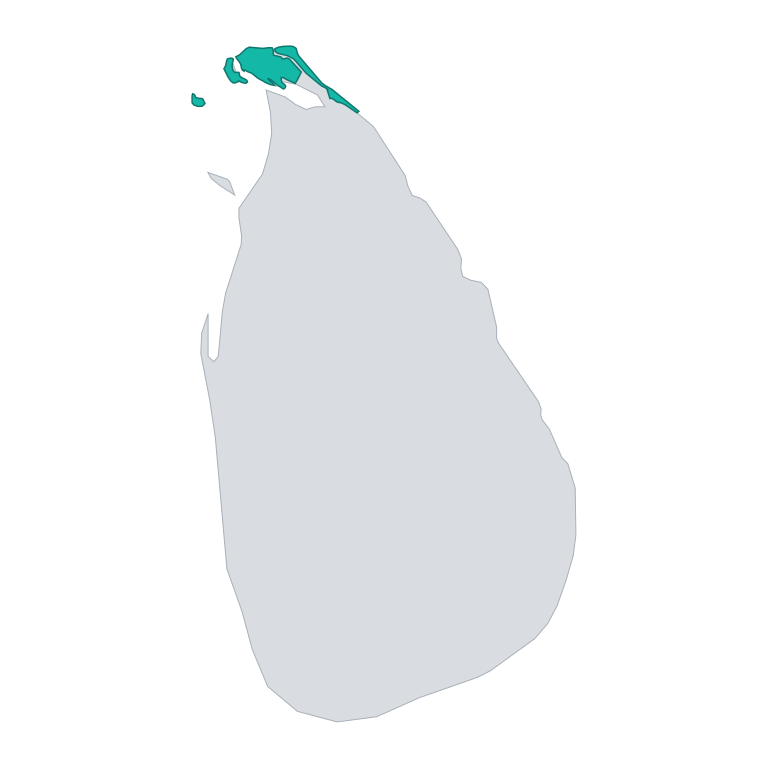 Sri Lanka, with Yāpanaya highlighted
{"feature_id": "LKA-2459", "entity_name": "Yāpanaya", "entity_type": "District", "adm_level": 1, "iso_a3": "LKA", "parent_name": "Sri Lanka", "parent_adm1": "", "projection": "orthographic", "projection_center": [80.084, 9.638], "detail": "fine", "context": "in_parent", "style": "filled", "palette": "teal", "viewbox_px": 768, "rotation_deg": 0, "n_neighbors": 0, "source": "natural_earth", "source_scale": "10m", "svg_char_len": 2912}
<svg xmlns="http://www.w3.org/2000/svg" viewBox="0 0 768 768"><path d="M248.3,49.0L264.8,49.9L282.4,49.5L294.7,51.9L315.9,78.7L373.6,126.7L405.1,175.5L407.9,186.2L412.3,195.5L419.9,198.0L426.2,202.2L457.7,249.3L461.4,258.6L460.9,268.9L462.8,276.5L471.0,280.3L481.2,282.3L487.9,289.3L496.6,327.0L496.6,338.7L499.0,343.8L538.8,402.2L541.1,409.3L540.7,414.7L541.9,419.3L549.6,429.6L561.7,457.4L567.8,463.7L575.2,488.1L575.9,534.7L573.3,555.5L565.9,580.8L557.2,605.5L547.8,623.4L534.8,638.6L490.3,670.8L477.5,677.3L419.5,697.6L376.7,716.7L337.1,721.9L297.5,711.4L267.7,686.5L252.4,649.8L242.0,611.4L226.9,568.8L215.3,437.2L209.8,400.4L200.8,353.5L201.7,333.1L208.1,313.6L208.1,356.4L213.9,361.7L218.3,356.2L222.3,311.9L225.6,293.2L241.2,244.4L241.6,235.8L238.9,217.4L239.0,208.2L262.5,174.0L268.4,154.1L271.7,133.7L270.4,111.7L266.1,90.0L285.0,96.9L295.4,104.4L306.0,109.5L314.6,106.9L324.9,106.8L317.5,95.0L295.6,84.1L259.2,77.4L247.8,68.8L243.4,61.3L245.7,52.5L248.3,49.0ZM229.7,181.8L234.7,195.0L220.5,186.0L211.2,178.5L207.9,172.4L227.2,179.2L229.7,181.8ZM246.1,80.8L235.3,82.6L226.8,71.0L224.8,66.1L227.0,62.7L229.4,60.9L232.2,61.5L236.2,72.3L246.1,80.8Z" fill="#d9dde1" stroke="#a8b0b8" stroke-width="1"/><path d="M295.3,83.4L286.5,79.5L283.3,77.6L281.1,77.6L281.6,81.9L282.7,83.1L284.6,84.5L285.7,86.2L284.6,88.5L283.3,88.9L282.0,88.2L280.9,87.2L277.6,85.5L271.2,79.9L267.5,78.3L269.4,80.4L272.7,83.3L274.6,85.4L270.4,84.6L266.3,82.9L258.1,78.3L251.5,73.1L247.6,71.7L247.2,71.4L245.7,70.5L244.3,69.9L244.1,71.2L242.2,69.9L241.5,68.2L241.2,66.2L240.5,63.9L239.4,62.0L238.7,61.1L236.9,58.8L235.8,56.8L239.5,54.9L246.3,48.6L249.3,47.2L262.8,48.4L269.8,47.6L272.3,47.9L273.3,50.3L273.2,53.9L273.7,55.2L275.1,55.7L276.6,55.9L280.7,56.9L281.5,57.4L282.3,58.9L284.2,58.9L285.6,58.4L286.2,58.3L287.0,58.1L287.6,58.1L288.9,58.8L289.5,59.2L294.3,64.4L301.3,72.0L298.9,77.0L295.3,83.4ZM327.2,90.1L327.6,90.3L327.6,89.0L321.4,85.8L306.3,73.4L293.9,59.1L287.6,55.7L277.7,53.3L275.1,51.5L274.8,48.8L278.4,47.2L279.6,47.0L283.2,46.4L290.3,46.1L293.7,46.7L296.1,48.4L297.7,54.1L299.2,56.5L321.8,83.0L325.1,85.5L331.8,89.3L358.9,111.3L357.9,112.2L357.0,112.8L345.3,104.8L341.3,102.9L337.7,102.2L337.2,101.9L336.6,101.7L333.5,99.3L332.3,98.6L331.2,98.4L329.8,98.5L329.4,96.8L327.2,90.1ZM233.4,83.0L230.8,81.1L228.1,77.1L223.9,68.8L225.8,65.8L226.3,62.0L227.4,58.9L231.1,58.0L233.1,58.7L233.3,60.1L232.6,62.2L232.2,64.5L232.2,66.9L232.5,68.8L232.5,69.0L232.6,69.3L233.2,70.7L234.0,71.6L234.6,72.3L235.3,72.5L238.7,72.3L239.2,72.9L239.5,75.5L239.9,76.6L241.9,77.8L244.5,78.9L246.7,80.2L246.9,80.6L247.5,81.9L246.3,83.1L244.1,83.1L241.6,82.3L239.9,81.3L238.7,81.0L235.6,82.8L233.4,83.0L233.4,83.0ZM205.0,103.5L203.7,104.8L202.3,106.1L197.9,106.4L193.9,105.0L192.1,102.8L192.1,95.7L192.6,93.8L193.8,94.1L195.0,95.5L195.7,97.4L198.6,98.3L202.2,98.6L203.0,99.3L205.0,103.5Z" fill="#14b8a6" stroke="#0f766e" stroke-width="1.5"/></svg>